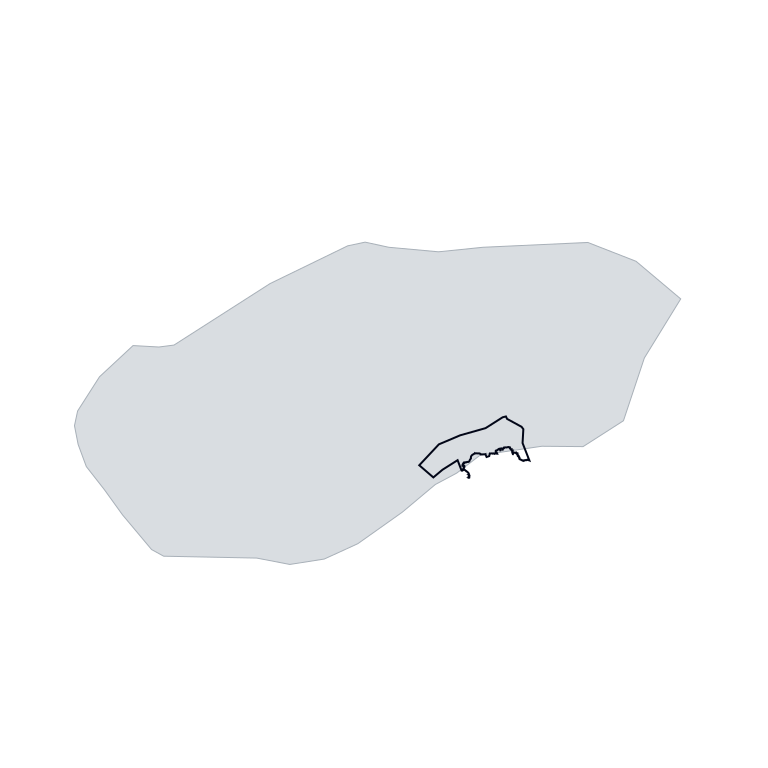 location of 70, Al Daayen, Qatar, rotated 69°
{"feature_id": "91078587B85079353631459", "entity_name": "70", "entity_type": "district", "adm_level": 2, "iso_a3": "QAT", "parent_name": "Qatar", "parent_adm1": "Al Daayen", "projection": "robinson", "projection_center": [51.51, 25.511], "detail": "fine", "context": "in_parent", "style": "outline", "palette": "ink", "viewbox_px": 768, "rotation_deg": 69, "n_neighbors": 0, "source": "geoboundaries", "source_scale": "gbopen_adm2", "svg_char_len": 5110}
<svg xmlns="http://www.w3.org/2000/svg" viewBox="0 0 768 768"><g transform="rotate(69 384 384)"><path d="M412.5,675.0L382.5,682.9L354.4,691.5L330.8,691.2L312.0,687.9L299.4,679.7L275.3,647.0L258.2,604.5L268.8,580.9L272.4,566.1L249.4,454.3L242.0,368.4L244.8,350.8L258.1,330.5L280.1,285.8L291.8,242.7L324.9,143.0L359.8,104.7L410.9,76.5L453.0,131.6L504.1,173.6L513.8,220.6L498.7,258.9L484.9,319.8L493.2,347.9L496.2,372.1L510.2,412.8L523.7,465.7L526.0,502.5L518.7,536.6L500.9,565.2L465.8,651.4L455.3,660.3L412.5,675.0Z" fill="#d9dde1" stroke="#a8b0b8" stroke-width="1"/><path d="M488.9,371.4L485.0,360.1L481.5,342.6L492.6,342.6L492.8,341.8L493.0,341.6L493.3,341.5L493.4,341.4L493.6,341.3L493.3,341.3L492.8,341.3L492.6,341.2L492.0,340.8L491.8,340.6L491.7,340.5L491.7,340.1L492.7,339.7L492.8,339.7L493.1,339.5L493.5,339.2L494.7,338.5L494.9,338.4L495.0,338.4L495.3,338.1L496.0,337.7L496.3,337.5L496.5,337.4L497.1,337.2L497.6,337.1L497.8,337.1L498.2,337.1L499.1,337.2L499.1,337.3L499.2,337.2L499.5,337.3L500.8,338.0L500.9,338.3L501.0,338.4L501.4,338.4L501.4,338.2L501.6,338.0L501.9,338.1L502.0,338.2L501.9,338.1L501.8,337.9L502.0,338.0L502.0,338.3L501.9,338.4L501.9,338.5L502.0,338.4L502.0,338.2L501.9,337.9L501.7,337.8L501.3,337.7L501.2,337.7L500.8,337.9L499.6,337.3L499.1,337.1L498.1,337.0L497.6,337.0L497.0,337.2L496.3,337.5L495.6,337.9L494.9,338.3L493.5,339.2L493.1,339.4L492.4,339.8L492.0,339.9L491.5,339.7L491.1,339.6L490.9,339.7L490.5,339.4L490.4,339.0L490.3,338.8L490.1,338.9L489.6,338.6L489.3,338.4L489.2,338.5L488.8,338.7L488.8,338.8L488.9,339.0L488.9,339.3L488.7,339.3L488.3,339.4L487.6,339.1L487.8,339.4L487.8,339.5L488.0,339.8L488.3,339.9L488.3,340.0L487.9,339.9L487.7,339.7L487.4,339.5L487.0,339.1L486.4,338.3L486.1,337.9L485.9,337.2L486.0,337.1L486.3,337.8L487.0,338.9L486.9,338.6L486.6,338.2L486.8,338.2L486.5,337.9L486.5,337.7L486.7,337.8L486.6,337.7L486.6,337.4L486.4,337.2L486.4,336.9L486.3,335.9L486.6,335.6L486.5,334.4L486.8,333.8L486.8,333.4L487.0,333.0L486.8,332.1L486.4,331.7L486.1,331.5L485.7,331.1L485.5,330.9L485.4,330.7L485.1,330.3L484.9,329.9L484.8,329.7L484.6,329.5L484.2,329.4L483.3,329.0L482.9,328.7L482.6,328.4L482.4,328.1L482.2,327.8L482.0,327.3L481.9,327.2L481.8,326.6L481.6,325.8L481.5,325.0L481.4,324.5L481.2,324.1L481.5,324.0L481.6,323.3L481.8,322.6L482.2,321.8L482.6,320.8L482.9,320.0L483.2,319.5L483.5,319.3L483.6,319.2L484.0,318.9L484.2,319.1L484.4,319.0L484.5,318.6L484.6,318.3L484.8,317.8L485.0,317.4L485.2,316.6L485.6,315.7L485.7,315.0L485.9,314.8L485.9,314.6L486.1,314.7L486.3,314.5L488.9,314.4L489.0,311.6L486.8,310.1L486.9,309.9L487.0,309.6L487.2,309.1L487.4,308.3L487.6,307.8L487.7,307.7L488.0,307.5L488.1,307.1L488.1,306.9L488.1,306.4L488.2,306.0L488.4,305.8L488.7,305.9L488.8,305.8L488.7,305.6L488.7,305.1L488.7,304.8L488.8,304.4L489.2,304.2L489.3,303.8L489.3,303.7L489.5,303.5L489.6,303.3L489.4,303.3L489.2,303.5L488.7,303.4L488.3,303.8L487.8,303.9L487.0,303.9L486.4,303.6L486.2,303.0L486.4,302.7L486.5,302.4L486.5,302.0L486.3,301.6L486.1,301.4L486.0,300.5L485.8,300.3L485.8,300.2L485.8,299.6L485.9,299.2L486.5,299.2L486.7,299.3L486.9,299.3L487.0,299.3L487.2,299.2L487.4,299.2L487.5,299.2L488.1,299.2L488.3,299.2L488.6,299.2L487.5,299.1L487.3,299.1L487.1,299.1L486.9,299.1L486.7,299.1L485.9,299.0L486.2,297.6L486.4,297.6L486.6,297.1L486.7,296.8L486.8,296.6L487.5,296.8L488.7,296.9L488.2,296.8L488.1,296.7L487.7,296.7L486.7,296.5L486.9,295.2L486.5,295.1L486.3,294.9L486.4,294.3L486.8,293.1L487.1,292.6L487.4,290.5L487.8,289.8L488.0,289.6L488.2,289.3L488.3,289.1L488.5,289.1L488.8,289.3L489.0,289.4L488.9,289.6L489.4,289.5L489.6,289.4L489.7,289.0L489.8,288.9L490.3,288.9L490.7,288.9L490.8,288.5L491.1,288.5L491.1,288.3L491.3,288.4L492.6,288.4L492.6,288.2L492.7,288.3L492.8,288.2L493.7,288.0L493.9,287.9L494.3,287.9L494.4,288.0L494.5,287.9L494.6,288.0L494.7,287.9L495.2,288.4L495.2,288.5L495.5,288.7L495.4,288.8L495.5,288.8L495.5,288.7L495.2,288.4L495.0,288.2L494.7,287.8L494.5,287.7L494.5,287.3L494.7,286.9L495.1,286.5L495.1,286.4L495.1,286.0L495.2,285.8L495.4,285.6L495.4,285.3L495.6,285.3L495.6,285.7L495.6,285.1L495.8,285.1L495.9,284.9L496.0,284.8L496.0,285.1L497.3,284.7L497.2,284.9L497.4,284.8L497.5,284.9L498.0,284.8L498.3,284.6L498.3,284.8L498.6,284.8L499.2,284.9L499.3,284.8L499.7,284.6L500.1,284.2L500.3,284.3L500.7,284.3L500.7,284.2L500.9,284.2L501.0,284.0L501.1,283.9L501.3,283.9L501.6,284.0L502.1,284.1L502.2,284.3L502.3,284.4L502.6,284.4L502.9,284.2L503.0,284.0L503.3,283.8L503.5,283.6L503.6,283.4L503.9,283.1L504.1,283.0L504.3,282.9L504.4,282.7L504.5,282.7L504.9,282.2L505.1,282.1L505.3,281.9L505.3,281.6L505.6,281.5L505.5,281.1L505.5,280.8L505.5,280.6L505.6,280.4L505.8,280.4L505.8,280.2L505.7,280.1L505.6,279.7L505.8,279.3L505.8,279.1L505.8,278.9L505.9,278.7L506.0,278.6L506.2,278.3L506.2,278.2L506.1,277.9L506.0,277.4L506.1,277.0L506.3,276.9L506.5,276.9L506.7,276.7L506.8,276.6L506.8,276.1L507.0,275.9L506.9,275.8L507.0,275.7L507.3,275.8L507.4,275.7L507.1,275.7L488.8,275.8L476.1,270.1L473.3,270.9L460.7,281.6L458.0,281.8L457.6,285.2L461.6,305.0L459.2,331.3L460.0,354.4L472.5,380.2L488.9,371.4Z" fill="none" stroke="#020617" stroke-width="2"/></g></svg>